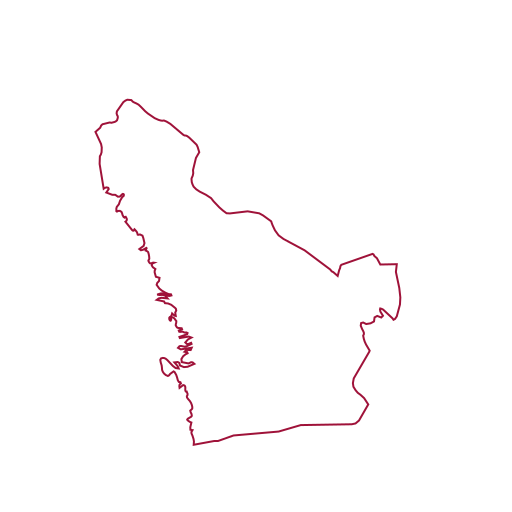 Gävleborg, Albers equal-area conic projection, rotated 159°
{"feature_id": "SWE-178", "entity_name": "Gävleborg", "entity_type": "County", "adm_level": 1, "iso_a3": "SWE", "parent_name": "Sweden", "parent_adm1": "", "projection": "albers", "projection_center": [16.784, 61.282], "detail": "fine", "context": "isolated", "style": "outline", "palette": "rose", "viewbox_px": 512, "rotation_deg": 159, "n_neighbors": 0, "source": "natural_earth", "source_scale": "10m", "svg_char_len": 4940}
<svg xmlns="http://www.w3.org/2000/svg" viewBox="0 0 512 512"><g transform="rotate(159 256 256)"><path d="M381.8,102.1L380.4,105.1L379.9,107.6L379.7,111.1L379.8,113.3L379.4,114.8L377.7,116.2L379.5,117.3L378.7,119.7L376.0,123.7L377.0,124.6L378.2,126.2L378.9,127.8L378.1,128.5L374.1,129.2L373.2,129.8L372.8,131.6L373.0,133.6L372.8,135.2L371.0,135.9L370.2,136.4L369.6,137.8L369.3,139.7L369.3,142.0L369.7,144.2L370.8,147.3L371.1,148.7L370.8,149.9L369.7,150.8L369.4,151.7L369.3,151.4L369.3,152.7L369.3,154.2L369.7,154.2L370.1,154.7L370.2,155.6L369.7,157.2L369.3,158.0L369.0,158.9L368.9,159.9L369.2,160.8L370.3,161.6L374.6,160.3L374.2,162.0L373.6,163.1L372.8,163.7L371.8,163.9L371.8,165.3L373.2,166.1L373.5,168.1L373.2,170.8L373.1,173.6L373.6,176.9L374.3,177.8L378.4,176.7L379.8,175.8L381.3,175.6L382.9,177.2L384.0,179.3L384.5,181.3L384.5,183.3L383.9,185.2L383.3,187.6L383.1,190.7L382.6,193.3L381.4,194.4L379.7,194.3L378.4,193.7L377.2,192.6L376.1,190.7L373.0,183.1L371.2,180.2L368.5,178.7L368.6,181.0L369.1,182.7L370.3,185.9L367.1,185.1L365.9,183.7L366.2,181.0L363.1,178.1L359.5,177.1L352.2,177.4L353.3,179.4L354.6,180.1L357.5,179.9L363.3,183.5L362.6,186.5L360.0,188.5L356.9,189.5L354.7,189.7L354.7,190.9L355.3,191.1L357.0,192.2L354.6,193.3L350.7,191.6L348.9,193.4L359.7,195.8L361.7,198.2L359.8,199.2L358.3,198.9L355.3,197.0L353.4,196.6L347.7,197.0L347.7,198.2L350.8,198.1L352.1,198.7L353.0,200.6L349.4,202.5L345.5,203.0L347.7,204.9L356.5,206.7L356.5,207.9L348.4,207.6L347.5,208.6L348.3,209.5L350.2,210.2L351.8,211.8L353.9,212.3L354.8,212.8L354.8,214.1L351.3,214.1L351.3,215.2L354.6,216.8L355.4,217.7L355.8,219.9L355.3,221.1L354.5,222.1L353.7,223.8L354.2,225.4L354.5,226.8L355.2,228.0L356.1,228.8L357.2,228.8L357.7,227.9L358.1,226.8L358.9,226.2L359.5,226.8L359.6,228.0L359.2,229.3L358.4,229.9L357.4,230.0L356.5,230.5L355.7,231.3L354.9,232.4L354.3,231.1L353.3,229.4L352.4,228.8L351.7,232.1L350.0,233.7L349.7,235.5L350.1,236.5L352.6,240.8L355.1,243.2L357.9,244.6L358.1,246.5L364.4,250.6L361.9,251.3L359.1,250.8L353.8,248.1L355.1,251.7L357.4,253.3L360.0,254.1L362.1,255.4L358.4,255.2L356.9,254.7L352.4,250.3L351.0,249.7L349.1,249.5L349.1,250.7L351.2,251.7L353.8,254.3L356.3,257.4L358.0,260.4L359.1,264.7L357.8,266.3L355.5,267.4L353.9,270.2L356.9,272.5L356.5,277.0L355.9,278.5L354.6,279.9L356.3,282.4L356.7,284.6L355.7,286.1L353.5,286.2L354.4,286.7L356.8,286.7L357.6,287.2L358.0,288.3L358.2,289.5L358.0,290.5L357.3,290.9L356.6,291.7L356.0,293.6L355.5,296.0L355.3,298.3L355.6,299.0L356.3,299.9L357.1,300.7L355.3,302.6L354.7,303.0L359.2,302.3L361.4,302.6L362.4,304.3L357.3,305.7L355.5,308.0L354.8,312.9L354.7,315.0L354.7,315.7L356.6,317.7L358.1,317.9L358.8,318.3L358.6,320.5L358.8,321.7L359.6,323.9L359.9,324.5L361.2,323.5L362.0,323.9L362.4,324.7L365.6,334.8L364.9,335.0L364.1,335.5L363.5,336.3L363.3,337.2L363.6,339.3L364.3,339.4L365.0,339.0L365.6,339.8L365.9,342.1L365.7,343.9L365.8,345.5L366.9,346.9L368.6,347.5L369.9,347.3L370.3,347.9L369.3,350.5L368.3,351.8L365.5,353.4L363.1,356.3L359.9,358.8L357.9,359.6L357.4,360.5L357.5,361.3L358.1,361.7L359.1,361.5L361.0,360.6L361.9,360.3L363.7,360.9L365.4,363.5L368.3,364.7L373.0,368.9L369.5,371.3L369.5,372.6L370.9,373.6L372.7,373.8L374.1,373.4L369.0,398.0L366.0,405.1L364.5,406.3L363.0,408.2L361.1,412.6L360.5,416.1L361.4,429.4L355.5,431.6L353.8,433.3L352.1,434.0L344.8,433.1L344.2,432.8L343.6,432.4L343.3,432.2L339.8,431.8L338.4,432.0L337.1,432.5L335.7,434.3L335.2,435.2L335.0,436.3L335.2,437.5L335.0,439.2L334.0,440.9L324.7,447.2L322.2,447.9L320.1,448.0L316.5,446.2L315.7,444.2L314.7,443.0L313.0,441.3L311.4,439.4L310.0,436.5L307.6,430.9L305.9,427.8L301.2,421.0L298.2,418.0L296.2,416.5L294.8,415.8L293.4,415.5L291.3,413.5L288.6,410.0L280.4,395.1L279.9,394.5L279.3,394.0L278.2,393.5L277.2,392.5L275.9,390.4L271.6,381.2L271.4,378.7L271.8,373.2L276.9,369.1L284.0,358.8L284.9,355.8L286.3,353.6L288.1,351.8L288.6,351.1L289.5,347.9L289.6,345.6L289.4,343.1L287.9,339.7L285.5,336.3L280.8,331.1L277.2,326.1L276.0,322.2L272.8,314.5L270.6,310.3L268.2,306.5L265.1,305.1L247.8,300.7L237.7,294.7L234.9,291.4L229.5,283.1L229.4,282.5L229.5,281.2L229.5,278.6L229.1,273.2L227.5,267.2L224.2,262.0L208.6,243.9L191.6,216.9L190.8,214.5L189.6,213.2L186.9,208.1L183.4,213.0L181.9,214.5L180.8,216.3L179.5,217.2L146.4,216.2L145.7,215.3L145.5,213.6L143.9,210.6L143.0,203.5L127.5,197.9L131.1,191.0L133.7,174.8L136.1,165.6L139.0,159.1L146.2,149.2L148.8,147.4L150.5,147.2L150.9,148.9L156.5,160.4L157.6,161.6L158.8,162.5L159.4,161.7L159.8,159.5L158.9,154.7L161.1,153.7L164.3,156.6L167.3,156.2L169.3,152.6L173.2,152.1L177.5,153.0L179.8,155.5L181.9,155.7L183.2,153.4L183.1,149.9L182.8,147.4L182.8,145.8L183.2,144.5L184.5,143.2L185.0,140.2L185.2,137.2L185.0,134.0L183.8,126.9L184.6,126.0L208.6,106.7L211.1,102.6L211.9,99.0L211.1,94.9L210.0,91.8L208.2,89.0L206.0,84.6L204.4,77.2L218.8,65.5L223.1,64.0L226.9,64.6L274.8,82.1L297.8,84.0L341.3,96.5L357.7,96.9L361.5,98.3L381.8,102.1Z" fill="none" stroke="#9f1239" stroke-width="2"/></g></svg>